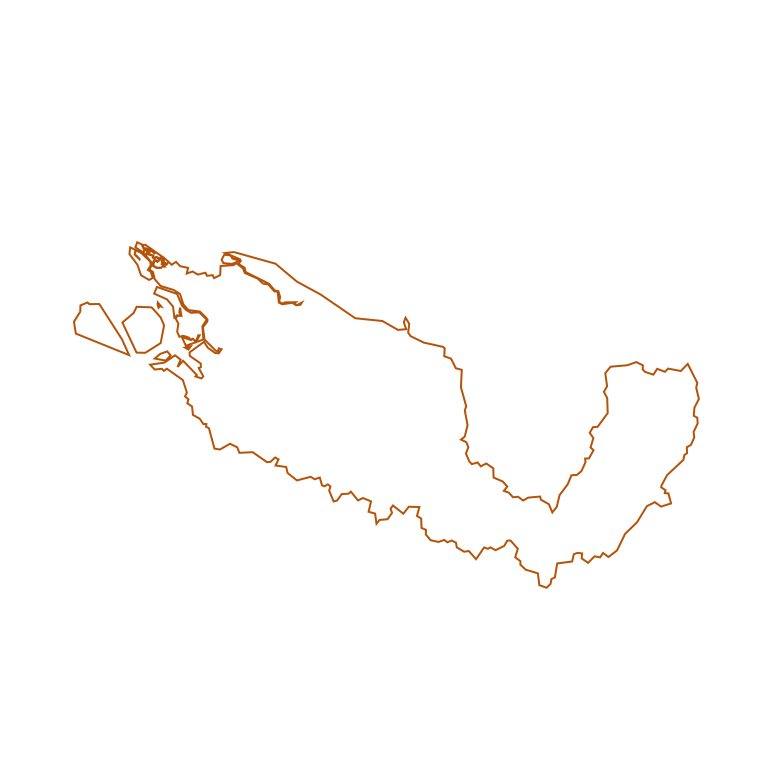 Nunukan, Kalimantan Timur, Indonesia, rotated 202°
{"feature_id": "22746128B24707766174966", "entity_name": "Nunukan", "entity_type": "district", "adm_level": 2, "iso_a3": "IDN", "parent_name": "Indonesia", "parent_adm1": "Kalimantan Timur", "projection": "mercator", "projection_center": [117.147, 3.905], "detail": "fine", "context": "isolated", "style": "outline", "palette": "amber", "viewbox_px": 768, "rotation_deg": 202, "n_neighbors": 0, "source": "geoboundaries", "source_scale": "gbopen_adm2", "svg_char_len": 6155}
<svg xmlns="http://www.w3.org/2000/svg" viewBox="0 0 768 768"><g transform="rotate(202 384 384)"><path d="M388.8,453.5L388.8,448.8L384.0,443.1L391.3,439.4L409.1,441.8L435.3,434.2L476.1,443.2L503.2,446.3L529.6,454.9L572.6,450.1L580.2,446.0L564.2,445.7L563.0,444.1L563.8,440.8L556.8,439.6L554.3,436.0L528.2,433.9L520.3,429.8L516.7,430.5L512.8,425.6L512.2,421.1L508.3,420.4L506.4,422.6L496.6,426.7L497.6,425.1L494.3,424.5L490.7,428.7L491.2,426.1L494.9,424.1L499.4,425.0L508.2,419.8L512.0,420.1L517.2,429.8L520.3,428.8L528.4,432.9L533.9,431.8L540.6,434.4L554.7,434.8L558.0,438.4L566.2,440.7L568.1,437.8L579.7,432.2L576.7,423.6L581.2,418.5L583.6,420.7L588.7,418.0L591.2,420.3L597.7,415.7L603.6,416.6L608.3,412.5L609.1,418.2L617.2,416.9L622.6,419.3L625.6,415.0L629.8,416.6L630.2,413.4L631.1,412.3L631.4,412.5L631.5,412.7L631.2,413.3L632.5,413.2L632.6,414.2L635.1,413.8L633.4,413.6L633.2,412.9L634.1,412.0L632.5,412.0L631.6,411.1L631.7,410.4L633.5,409.8L634.2,408.1L638.1,406.4L642.3,406.9L643.7,407.9L644.5,402.4L640.2,401.3L635.8,395.3L627.9,391.2L614.1,392.4L606.8,391.0L599.8,382.6L593.0,379.3L581.8,382.2L573.7,378.8L571.8,377.6L571.2,375.8L573.2,368.9L567.1,358.0L552.8,352.0L550.2,352.1L550.4,355.2L547.6,355.4L548.7,350.5L552.2,349.5L560.9,351.6L566.7,355.6L576.1,340.5L574.6,337.3L561.5,334.3L560.1,330.9L561.8,329.4L554.4,323.4L555.3,320.8L561.6,320.4L560.9,322.2L579.0,330.3L581.8,322.4L581.7,330.4L588.5,332.3L595.6,321.6L608.1,314.3L602.0,311.5L595.6,314.9L593.1,313.7L591.0,316.8L572.0,312.3L563.6,302.3L563.8,297.9L559.6,296.6L559.1,292.4L553.5,291.2L549.6,283.8L541.9,282.8L536.5,279.2L533.7,280.3L533.0,277.7L529.8,277.5L517.0,260.6L511.6,261.8L504.4,270.9L496.3,270.3L492.3,266.0L480.2,271.6L463.2,267.7L460.1,269.3L457.4,275.1L453.6,274.6L454.0,267.8L443.6,270.4L440.1,265.4L428.6,262.0L417.2,270.5L412.6,269.7L408.5,273.2L403.5,266.8L400.8,266.9L398.5,269.9L395.3,269.0L394.9,264.6L386.7,256.2L383.8,258.4L381.9,266.1L375.7,269.1L374.4,271.8L364.5,266.3L360.8,270.4L352.1,270.3L350.4,259.8L343.7,260.5L338.6,251.6L337.2,256.3L330.0,260.0L328.3,267.6L331.2,270.8L330.2,274.7L317.5,271.0L315.0,279.5L305.1,283.2L304.0,274.0L299.1,273.2L295.3,264.6L290.5,264.5L288.8,260.1L282.2,256.6L274.3,258.0L269.7,262.0L265.9,261.0L262.5,264.3L257.8,263.8L255.3,259.8L246.9,258.5L242.8,260.9L233.0,256.1L229.9,270.0L225.9,270.1L224.2,272.4L218.3,271.7L211.9,278.9L211.0,284.9L208.2,286.3L198.2,281.4L197.4,272.5L191.1,270.8L189.8,267.5L183.0,264.9L170.4,266.1L164.6,255.7L156.9,256.0L154.7,261.0L155.7,265.8L153.1,268.7L156.2,282.5L143.1,289.9L144.2,297.3L141.4,299.9L136.8,301.1L135.4,296.4L127.8,294.6L124.2,303.1L118.7,304.2L117.6,309.4L111.1,307.7L105.6,316.9L104.3,335.5L97.6,350.5L94.5,369.2L88.6,375.9L81.2,374.1L73.1,380.8L79.3,389.1L82.8,388.0L83.2,391.0L88.3,392.0L88.7,393.9L87.4,405.5L78.0,425.8L78.9,430.7L77.1,433.3L79.5,438.8L76.6,442.6L76.3,450.7L79.0,455.5L78.4,464.9L80.9,470.1L84.9,470.6L87.3,478.3L86.4,488.0L93.2,497.6L93.9,502.4L109.9,516.4L113.7,507.2L126.4,504.7L128.1,500.5L136.4,500.4L137.7,493.6L146.4,493.0L149.5,494.4L151.0,498.3L158.3,498.8L165.5,492.5L180.4,484.9L182.9,477.0L176.3,465.4L177.2,459.1L171.8,454.6L165.7,440.8L169.9,424.3L174.0,422.3L175.0,415.8L169.6,412.3L168.7,402.5L164.9,401.1L166.1,391.8L169.6,390.2L167.9,387.0L168.3,377.2L171.1,372.0L176.0,369.6L176.1,359.8L179.6,346.7L177.8,334.8L179.8,328.0L186.1,334.3L195.2,335.5L197.1,338.1L207.7,332.7L211.3,328.1L217.5,329.7L221.9,327.3L227.5,330.0L232.8,329.8L231.3,335.1L237.4,338.1L247.3,338.3L251.1,346.8L259.4,348.6L263.4,343.9L267.8,346.3L272.6,342.6L275.8,344.1L282.0,350.2L282.1,357.0L285.9,360.9L291.8,361.3L289.4,365.6L291.1,377.1L299.2,389.8L299.4,394.1L311.4,409.7L317.2,426.3L323.3,425.5L331.3,432.6L338.5,432.3L341.2,440.0L343.5,440.5L362.6,437.3L377.1,438.3L380.8,440.6L383.1,449.2L388.8,453.5ZM688.6,315.3L631.2,315.3L643.7,327.3L677.9,351.5L687.0,347.7L689.5,348.5L694.9,343.1L692.7,337.3L694.8,325.6L688.6,315.3ZM625.2,320.4L617.0,323.5L606.4,338.3L609.9,356.1L616.1,362.1L628.1,368.0L642.3,362.9L642.7,356.0L649.6,343.0L625.2,320.4ZM589.0,351.8L582.0,345.2L568.1,357.6L574.0,369.4L572.5,377.3L582.1,381.2L589.7,377.7L595.2,378.5L601.0,381.3L609.6,390.0L630.9,388.9L631.0,381.7L616.9,381.2L608.6,376.7L603.3,367.1L601.5,370.3L597.7,371.1L600.6,373.8L601.7,378.5L597.4,371.3L601.1,369.9L601.7,366.6L597.3,363.0L595.4,355.1L591.4,351.1L588.2,353.5L582.3,353.9L579.9,352.7L578.2,354.4L574.2,353.0L574.5,359.5L573.2,360.1L573.9,352.6L578.2,354.1L579.4,352.4L589.0,351.8ZM650.0,393.8L640.8,392.5L638.1,395.7L642.1,400.5L645.7,401.3L644.7,406.6L646.4,409.8L657.7,414.5L664.4,415.0L663.4,410.5L661.9,410.4L657.5,408.4L657.4,408.0L663.6,410.5L664.8,415.2L670.5,415.6L668.7,409.1L657.3,402.2L650.0,393.8ZM597.2,333.0L602.8,328.0L606.1,321.7L595.1,324.0L592.5,330.5L597.2,333.0ZM580.5,444.1L581.1,438.4L578.2,435.9L569.7,438.5L564.0,444.2L571.6,443.6L574.4,445.7L580.5,444.1ZM649.1,416.6L646.1,416.7L645.7,416.3L645.8,414.8L644.4,414.3L643.1,416.3L641.6,416.6L639.5,415.8L639.2,416.9L636.6,418.8L657.5,423.7L659.7,422.5L657.6,419.8L655.9,420.6L651.7,420.8L651.1,420.5L650.8,419.2L650.4,420.5L649.6,420.7L644.8,418.7L649.9,420.5L650.6,418.8L651.4,419.2L651.4,420.6L656.1,420.1L652.0,417.8L652.8,415.7L649.1,416.6ZM646.5,416.5L652.8,415.5L653.3,416.3L652.1,417.8L656.2,419.3L656.2,415.5L644.0,409.0L643.2,412.8L641.5,413.4L639.8,412.6L639.6,413.9L638.9,414.9L638.3,415.3L642.5,416.3L643.9,414.3L644.8,414.2L645.9,414.7L646.5,416.5ZM636.6,416.7L634.7,417.6L639.1,416.7L638.2,415.4L639.8,412.4L643.2,412.6L642.3,407.4L638.3,406.8L634.2,408.4L633.6,410.2L631.8,410.7L634.2,411.9L633.5,413.5L635.3,413.1L635.4,413.8L634.4,414.6L634.7,414.7L635.3,414.1L635.7,414.2L635.7,414.9L636.5,416.1L636.6,416.7ZM665.7,417.6L656.8,415.8L656.4,419.2L658.1,419.7L660.9,422.7L665.9,422.9L665.7,417.6ZM636.6,416.7L635.7,415.1L635.4,414.2L634.7,414.9L632.5,414.3L631.1,413.5L631.2,412.4L630.3,413.5L629.9,416.7L636.0,418.8L637.6,417.4L634.7,417.8L634.5,416.5L636.6,416.7ZM582.1,343.2L578.3,342.7L577.3,346.5L582.1,343.2ZM624.1,374.7L623.0,372.2L619.6,372.4L624.1,374.7ZM623.0,372.0L621.6,370.2L621.0,371.5L623.0,372.0Z" fill="none" stroke="#b45309" stroke-width="2"/></g></svg>